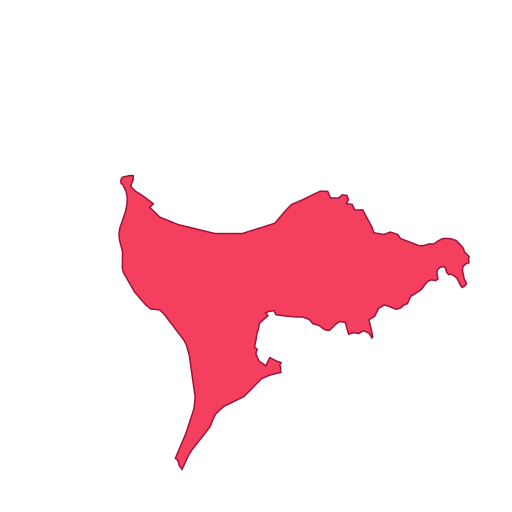 outline of Chiba, rotated 237°
{"feature_id": "JPN-1855", "entity_name": "Chiba", "entity_type": "Prefecture", "adm_level": 1, "iso_a3": "JPN", "parent_name": "Japan", "parent_adm1": "", "projection": "mercator", "projection_center": [140.102, 35.49], "detail": "fine", "context": "isolated", "style": "filled", "palette": "rose", "viewbox_px": 512, "rotation_deg": 237, "n_neighbors": 0, "source": "natural_earth", "source_scale": "10m", "svg_char_len": 2241}
<svg xmlns="http://www.w3.org/2000/svg" viewBox="0 0 512 512"><g transform="rotate(237 256 256)"><path d="M389.9,182.3L391.2,182.8L393.5,184.2L394.8,186.8L392.2,194.0L390.2,196.8L386.8,194.5L385.1,191.7L382.2,188.8L376.0,190.2L368.1,193.9L355.7,198.3L354.6,193.4L341.0,196.5L325.0,207.6L297.3,233.7L282.4,256.5L273.2,289.6L277.9,305.3L279.9,313.7L277.7,326.3L276.4,337.6L275.3,345.3L271.2,351.3L264.1,350.1L259.6,356.9L260.3,361.6L257.3,365.2L252.9,364.3L250.7,360.3L246.9,364.7L240.6,363.9L236.7,370.6L227.5,369.8L216.5,368.9L211.3,367.5L204.3,375.1L203.0,381.6L196.8,386.6L191.9,386.7L183.4,392.9L176.0,398.3L173.4,402.2L172.0,407.4L169.3,411.7L169.5,416.7L168.9,422.2L166.5,426.1L164.2,428.9L160.1,432.3L153.8,433.6L149.4,434.1L146.3,433.1L142.7,433.7L139.5,434.5L138.3,433.1L134.3,430.8L135.1,428.1L134.6,424.0L131.6,421.4L123.7,418.2L118.3,417.6L117.2,415.0L117.3,411.7L120.4,411.5L124.9,412.2L127.6,412.4L131.0,411.6L134.0,410.0L135.6,407.4L138.9,407.1L143.4,408.4L145.1,407.3L146.2,404.6L145.6,400.4L142.7,398.2L137.7,396.2L137.5,393.2L140.3,390.4L141.1,387.0L140.6,383.6L138.3,377.9L137.7,374.6L137.9,363.7L133.6,357.0L134.4,353.1L133.7,348.7L135.0,344.5L141.7,339.8L145.0,337.0L145.3,330.3L140.8,322.6L141.1,316.0L130.9,312.4L124.5,309.8L124.2,308.6L129.5,308.8L134.9,305.5L135.0,299.9L138.5,296.2L140.0,291.1L151.8,294.7L155.5,290.3L155.4,286.2L153.6,276.9L156.7,273.5L163.6,271.0L168.0,266.9L173.8,266.1L179.6,261.7L183.1,256.3L188.4,249.5L195.9,240.7L200.4,241.3L202.3,236.9L203.3,233.3L199.4,233.4L198.6,227.7L197.8,222.3L193.9,218.7L189.9,214.0L186.3,210.9L180.4,205.2L177.1,206.2L174.2,202.6L166.0,201.4L158.6,204.5L163.3,212.2L156.5,216.1L152.9,219.0L151.4,216.4L148.5,215.8L146.4,213.9L144.8,213.6L147.9,204.9L148.9,201.1L150.1,193.7L144.7,169.3L147.4,147.4L146.6,141.6L145.3,135.7L143.2,132.1L138.4,125.3L136.5,120.8L128.1,96.1L125.5,90.7L117.3,77.7L122.0,77.5L126.9,79.1L130.3,78.2L145.2,100.3L161.5,120.6L170.7,128.1L209.6,146.2L220.0,149.3L224.9,149.7L257.0,147.3L263.3,145.9L268.8,138.9L274.9,136.9L291.8,134.6L314.0,135.8L318.5,137.2L332.3,146.4L343.4,150.1L348.8,152.8L353.3,156.7L364.2,170.6L369.5,175.8L375.0,179.8L381.3,182.3L389.3,183.2L389.9,182.3Z" fill="#f43f5e" stroke="#9f1239" stroke-width="1.5"/></g></svg>